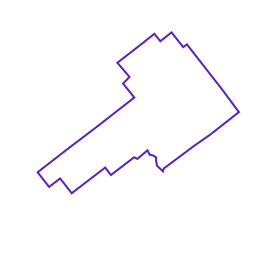 Hot Spring, Arkansas, United States of America (Albers equal-area conic projection), rotated 321°
{"feature_id": "52423323B56069196588266", "entity_name": "Hot Spring", "entity_type": "district", "adm_level": 2, "iso_a3": "USA", "parent_name": "United States of America", "parent_adm1": "Arkansas", "projection": "albers", "projection_center": [-93.028, 34.328], "detail": "fine", "context": "isolated", "style": "outline", "palette": "violet", "viewbox_px": 256, "rotation_deg": 321, "n_neighbors": 0, "source": "geoboundaries", "source_scale": "gbopen_adm2", "svg_char_len": 612}
<svg xmlns="http://www.w3.org/2000/svg" viewBox="0 0 256 256"><g transform="rotate(321 128 128)"><path d="M29.9,105.6L29.6,124.1L43.5,124.5L43.2,143.3L44.7,143.3L71.4,144.0L85.4,144.4L85.1,153.8L114.3,154.6L115.8,157.9L129.1,157.6L128.0,162.4L130.1,165.0L131.4,168.7L129.6,170.4L126.8,175.7L127.9,183.7L130.3,182.0L168.6,183.5L188.0,184.9L224.2,185.4L225.4,156.5L226.4,100.1L221.8,99.9L222.0,81.1L207.7,80.9L207.8,71.4L197.9,71.3L193.2,71.3L170.2,70.8L160.8,70.6L161.3,89.2L152.1,90.4L152.1,108.3L107.6,107.5L77.1,106.6L72.4,106.4L35.1,105.6L29.9,105.6Z" fill="none" stroke="#5b21b6" stroke-width="2"/></g></svg>